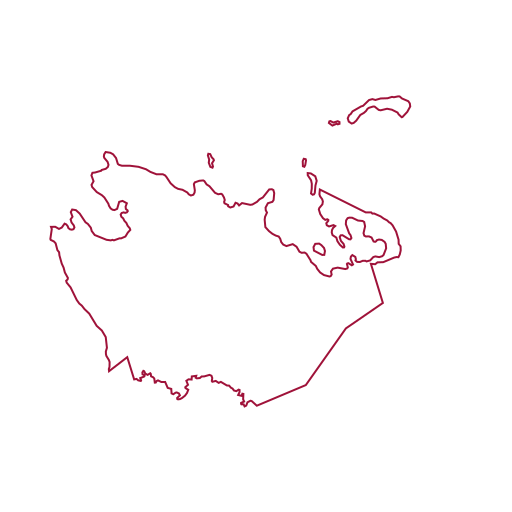 outline of National Capital District, National Capital District, Papua New Guinea, rotated 163°
{"feature_id": "67681753B89852769449867", "entity_name": "National Capital District", "entity_type": "district", "adm_level": 2, "iso_a3": "PNG", "parent_name": "Papua New Guinea", "parent_adm1": "National Capital District", "projection": "mercator", "projection_center": [147.2, -9.446], "detail": "fine", "context": "isolated", "style": "outline", "palette": "rose", "viewbox_px": 512, "rotation_deg": 163, "n_neighbors": 0, "source": "geoboundaries", "source_scale": "gbopen_adm2", "svg_char_len": 6149}
<svg xmlns="http://www.w3.org/2000/svg" viewBox="0 0 512 512"><g transform="rotate(163 256 256)"><path d="M175.5,300.9L177.3,296.5L177.3,294.4L176.1,290.9L176.1,288.6L177.4,286.0L181.4,283.4L182.3,282.2L182.3,277.3L180.9,272.6L179.2,270.3L177.1,270.3L176.3,269.4L176.6,268.5L179.2,266.8L179.3,264.7L177.5,262.9L172.9,262.9L171.5,261.5L174.1,260.3L175.8,258.5L176.7,256.3L176.7,253.6L173.8,250.1L173.8,246.3L172.5,242.2L170.4,238.7L169.2,238.5L168.7,239.2L168.7,241.9L170.4,245.7L170.4,249.7L169.0,251.0L167.2,250.6L162.1,244.8L160.8,244.3L159.5,245.3L159.5,248.3L160.3,250.5L160.8,260.2L159.4,263.7L157.3,265.4L155.5,265.4L152.9,264.5L148.1,260.1L143.8,258.3L142.6,256.9L143.0,252.5L146.5,246.4L146.5,243.8L145.3,242.6L142.2,241.7L140.1,239.9L139.3,235.5L137.9,234.7L136.7,235.0L135.8,235.8L133.6,235.8L131.0,234.6L128.9,231.9L128.4,229.7L129.3,225.3L133.7,219.7L135.4,218.9L138.5,218.9L142.0,220.7L144.1,220.7L148.1,218.4L151.9,218.5L152.7,219.4L155.3,220.2L158.4,219.9L161.0,220.8L162.2,222.6L161.4,223.8L161.3,226.1L163.6,228.7L165.4,227.7L166.5,225.6L165.7,219.5L167.1,219.1L169.7,222.1L170.8,222.2L171.4,221.8L171.5,218.3L172.3,217.4L174.4,217.4L181.3,221.0L186.1,221.4L188.8,219.3L189.1,216.1L190.5,214.9L191.7,214.9L196.6,217.9L199.5,221.5L201.2,225.8L201.7,229.0L205.1,234.3L205.1,236.0L207.1,243.4L208.5,245.1L211.4,245.7L213.2,247.4L214.5,253.0L217.4,256.6L224.0,256.6L226.6,258.9L227.8,261.9L227.8,265.4L228.6,268.0L231.2,269.8L233.8,272.4L236.3,276.0L238.6,280.9L237.1,288.2L235.9,290.8L232.8,294.3L233.3,296.9L232.7,299.5L229.2,303.0L224.5,303.0L222.8,304.4L220.2,310.8L220.1,314.0L221.3,315.2L223.9,315.8L232.3,310.0L236.1,309.2L239.2,307.5L244.4,306.3L246.5,306.6L253.9,310.7L257.4,309.3L258.3,311.6L260.0,312.9L263.0,309.9L266.4,309.9L268.1,311.7L267.8,312.9L270.7,315.6L270.7,317.0L269.5,318.7L269.5,321.3L270.3,324.8L271.2,325.7L274.1,326.1L276.7,328.4L280.1,336.3L282.3,338.9L283.5,342.8L284.4,343.7L288.2,344.5L293.0,344.3L294.4,342.9L295.3,336.7L296.2,334.6L298.0,332.9L300.6,332.9L302.3,334.7L303.1,336.8L306.9,340.8L310.9,343.0L313.5,345.6L316.4,350.5L318.6,357.9L319.4,359.7L321.2,361.4L327.2,363.2L332.4,367.3L335.8,371.1L342.2,375.6L350.0,379.1L357.8,381.5L360.3,383.2L361.2,384.5L361.2,390.6L362.9,395.0L365.1,397.3L369.4,399.4L371.5,397.6L372.4,395.6L372.4,394.2L370.4,389.4L370.4,386.3L371.6,384.5L374.2,383.3L378.5,383.4L379.1,382.8L385.5,382.9L388.1,383.4L389.8,381.2L389.5,375.0L392.5,372.1L392.5,369.8L389.6,363.7L385.6,359.2L383.9,356.3L381.9,349.2L381.9,347.0L381.1,344.0L379.7,342.2L377.9,341.3L375.0,341.7L371.0,347.8L367.5,347.7L364.1,344.2L366.3,341.3L366.7,339.0L365.5,337.2L365.5,336.4L366.7,335.5L368.5,335.5L369.8,336.4L371.9,336.4L373.3,335.2L373.3,332.9L372.0,330.8L371.6,328.2L370.3,325.5L369.9,322.4L368.6,319.4L368.6,317.7L371.7,315.9L375.2,312.8L379.9,312.3L381.3,312.8L387.3,312.5L388.5,313.4L390.3,313.4L394.2,315.2L404.1,323.2L405.8,327.9L405.7,331.4L407.4,335.8L409.2,338.1L412.2,348.1L414.8,352.5L418.2,354.2L420.3,352.1L420.0,347.2L422.6,345.2L422.6,342.0L421.3,338.5L421.3,336.4L422.7,335.0L424.4,335.0L426.1,335.9L427.3,337.7L427.3,339.4L428.2,341.7L429.6,342.9L433.4,340.0L436.5,339.5L439.4,342.6L443.5,343.8L443.4,341.5L447.7,332.4L447.6,331.4L445.0,329.0L443.9,326.7L444.2,319.7L443.2,317.2L443.8,314.1L444.0,305.5L443.4,301.2L443.6,296.1L442.3,290.0L443.0,288.7L444.8,287.8L444.8,285.8L442.5,280.2L440.3,266.4L438.9,262.2L437.1,259.5L435.5,255.3L432.3,249.6L428.8,235.8L425.2,229.8L423.4,222.4L425.4,211.8L427.5,208.6L428.2,206.0L428.3,204.2L427.1,199.5L427.0,197.4L428.5,192.8L429.8,190.9L430.2,188.8L408.7,196.9L408.6,173.6L406.2,173.4L405.0,171.5L402.7,170.2L402.2,170.7L402.4,173.1L398.3,173.4L397.5,174.0L397.6,174.8L399.1,176.0L398.7,177.9L397.3,179.1L396.6,178.5L396.3,176.0L394.4,174.0L391.4,174.8L391.1,174.2L391.5,171.6L389.8,170.1L389.1,168.6L389.8,164.5L388.9,164.3L387.6,165.5L386.1,165.7L383.4,163.2L379.7,162.1L379.0,155.7L375.9,153.7L376.9,149.3L375.5,148.0L372.9,148.8L371.7,148.7L369.9,147.1L369.5,145.0L372.9,143.3L373.1,142.3L372.5,141.7L370.5,141.4L368.3,141.8L364.7,143.2L362.0,145.2L359.9,147.9L362.0,150.2L362.0,151.2L358.7,152.7L359.1,157.0L356.6,157.8L353.7,156.7L352.6,159.6L348.2,158.9L349.3,157.3L348.4,156.3L345.4,155.7L343.2,156.7L340.8,156.0L335.2,155.9L333.6,154.5L333.5,152.1L334.8,149.4L334.5,148.5L331.0,148.3L328.8,145.6L326.4,145.9L321.7,140.7L319.6,139.9L318.5,137.4L317.2,136.1L316.4,133.8L314.3,132.5L311.7,133.3L310.9,132.7L311.5,130.7L313.7,128.3L310.7,126.5L309.3,128.3L308.4,127.8L310.2,122.7L309.9,120.3L313.2,119.9L313.5,119.0L313.3,118.4L311.2,117.8L310.9,115.5L309.1,115.8L306.9,118.6L303.6,119.2L302.5,118.5L299.0,112.6L246.1,118.0L191.2,160.5L148.4,174.0L148.4,214.9L144.4,213.3L141.7,214.4L136.1,212.9L124.3,214.1L121.8,213.9L120.2,213.2L118.1,215.4L116.0,219.0L114.9,223.0L116.0,225.9L114.9,229.9L114.9,238.4L116.4,245.4L117.7,248.2L118.8,249.2L120.2,251.7L123.0,254.5L125.2,257.4L130.6,262.1L132.3,262.5L133.1,264.0L138.3,265.6L175.5,300.9ZM75.3,346.1L69.2,349.6L64.8,353.9L64.3,356.9L65.1,359.5L70.3,363.9L72.0,366.6L73.4,367.1L77.7,367.5L79.4,368.4L84.1,368.4L90.7,370.2L96.2,370.3L98.8,372.0L102.3,372.1L109.7,368.3L111.8,368.3L121.4,366.1L124.0,364.0L125.7,363.5L128.0,360.9L128.0,357.4L125.8,354.7L123.7,354.7L120.6,356.1L115.0,360.4L111.0,361.3L108.4,362.5L106.3,364.2L104.6,364.7L100.2,364.7L98.9,364.2L95.9,359.8L94.2,358.9L87.6,358.5L83.3,356.2L78.7,351.8L78.2,349.8L76.1,346.1L75.3,346.1ZM178.5,306.1L176.0,310.1L176.0,314.9L179.4,318.9L182.3,320.2L182.9,318.1L181.2,312.3L181.5,308.8L183.0,304.1L185.1,299.7L183.9,298.0L182.5,298.0L181.3,299.2L178.5,306.1ZM190.4,237.1L188.6,240.6L188.6,243.8L190.3,247.3L192.0,249.4L195.8,250.3L198.4,247.7L199.0,244.2L192.4,237.7L190.4,237.1ZM271.8,353.2L271.0,354.1L270.9,357.6L268.3,359.8L268.3,361.0L269.5,363.3L270.0,366.8L271.7,367.7L272.6,366.3L272.6,361.9L273.9,359.0L273.6,354.6L271.8,353.2ZM137.5,358.0L137.0,359.7L138.4,361.0L143.1,361.0L145.3,363.3L146.5,363.3L147.4,361.9L144.8,358.4L140.1,358.9L139.3,358.0L137.5,358.0ZM183.7,327.2L182.3,328.6L180.2,332.9L180.2,334.1L181.9,335.0L183.6,333.0L184.9,328.1L183.7,327.2Z" fill="none" stroke="#9f1239" stroke-width="2"/></g></svg>